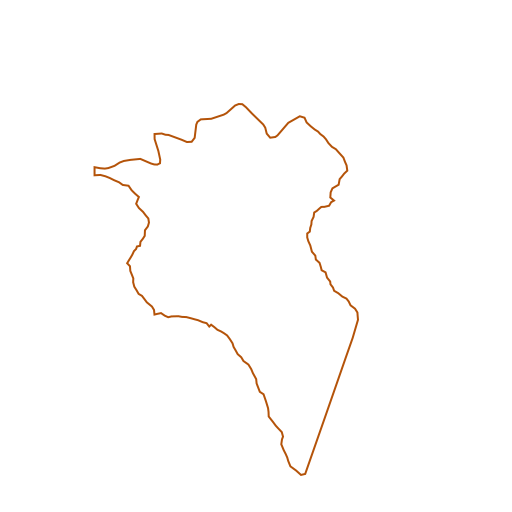 Mortugaba, Bahia, Brazil (Equal Earth projection), rotated 131°
{"feature_id": "56859067B4294097678896", "entity_name": "Mortugaba", "entity_type": "district", "adm_level": 2, "iso_a3": "BRA", "parent_name": "Brazil", "parent_adm1": "Bahia", "projection": "equal_earth", "projection_center": [-42.316, -14.969], "detail": "fine", "context": "isolated", "style": "outline", "palette": "amber", "viewbox_px": 512, "rotation_deg": 131, "n_neighbors": 0, "source": "geoboundaries", "source_scale": "gbopen_adm2", "svg_char_len": 2655}
<svg xmlns="http://www.w3.org/2000/svg" viewBox="0 0 512 512"><g transform="rotate(131 256 256)"><path d="M391.7,78.4L388.2,75.9L333.5,97.7L273.3,121.8L254.4,129.3L237.2,137.2L234.3,140.2L232.1,142.4L230.8,146.7L231.2,152.3L229.5,156.2L228.8,159.8L230.0,164.2L230.1,169.5L231.0,174.2L229.3,177.2L228.5,181.2L226.6,183.3L225.7,188.2L222.7,192.8L223.7,197.1L221.8,199.8L219.5,203.5L219.4,208.5L216.8,211.5L216.1,216.6L212.4,222.0L210.5,226.2L208.4,229.5L205.4,232.1L202.3,231.4L199.2,233.5L195.9,234.9L193.1,237.0L188.7,238.2L185.0,240.6L182.1,239.7L178.7,239.3L176.1,238.9L174.0,236.6L170.1,233.8L166.1,234.6L163.0,233.5L163.1,238.3L159.0,241.4L154.8,242.7L151.5,241.6L148.0,240.4L143.1,243.3L139.7,243.3L136.0,243.5L131.7,243.1L128.2,247.1L126.5,250.7L124.4,254.6L123.6,261.3L123.0,265.8L123.8,270.3L123.3,275.3L122.0,279.8L121.5,283.4L121.8,287.5L121.4,290.8L122.0,294.6L122.2,299.8L122.0,305.4L119.8,310.1L121.8,314.6L134.3,319.0L150.9,318.9L153.5,319.5L157.4,322.9L156.6,328.2L153.1,333.2L152.0,336.8L151.1,352.7L150.3,361.2L150.4,365.9L152.6,368.7L156.1,370.5L167.5,372.0L170.5,373.1L181.8,379.8L189.1,387.3L193.2,388.2L196.0,387.3L207.1,379.8L212.0,379.5L215.3,382.9L217.1,388.5L222.0,401.4L223.9,403.9L225.4,407.5L230.5,412.6L234.3,409.2L240.8,398.6L246.1,391.5L249.0,389.3L251.8,390.5L253.7,392.9L255.1,396.0L258.6,407.0L265.8,413.8L271.0,418.1L274.9,420.2L280.7,421.9L283.8,423.6L286.6,425.2L289.2,427.4L292.0,431.2L294.9,436.1L301.0,430.8L296.9,426.6L294.6,421.9L293.1,417.6L291.9,412.9L290.2,407.7L289.8,403.2L286.6,398.3L288.0,392.9L288.3,388.1L288.3,383.1L291.6,382.0L295.2,380.7L296.6,375.9L296.8,370.2L297.7,365.9L298.3,361.9L301.0,358.7L304.7,357.0L309.4,356.7L313.8,353.2L317.2,352.7L321.1,352.5L324.4,350.2L326.9,352.1L329.4,351.1L332.4,351.3L336.2,350.2L339.4,349.6L342.6,349.1L346.0,348.5L346.4,344.4L349.7,341.1L351.9,336.8L353.4,333.9L356.4,331.5L359.0,327.7L360.2,323.7L361.6,319.7L360.9,315.9L361.8,311.6L362.6,308.0L362.4,301.4L363.6,297.6L366.8,294.2L364.4,292.5L361.4,290.2L360.9,285.7L359.8,282.1L357.0,280.1L352.4,275.1L350.5,271.9L347.8,268.5L345.5,263.9L344.0,260.7L342.5,257.7L340.9,252.8L339.1,249.2L339.9,245.0L337.3,244.8L337.0,240.6L337.0,236.7L335.9,233.0L335.3,229.6L334.9,225.7L335.9,221.2L337.3,216.4L339.3,213.3L340.7,209.2L342.1,205.4L342.1,200.7L343.5,196.5L342.9,190.5L344.5,185.4L346.4,181.6L348.8,175.1L351.8,171.9L356.0,164.0L355.4,159.6L359.1,153.2L362.9,147.1L365.5,144.2L368.8,141.1L370.1,134.3L371.1,129.8L371.5,126.3L372.0,121.0L374.6,117.1L377.3,116.1L381.5,113.4L384.3,107.8L386.0,103.6L387.6,100.2L389.5,97.3L392.2,92.0L391.6,85.1L391.7,78.4Z" fill="none" stroke="#b45309" stroke-width="2"/></g></svg>